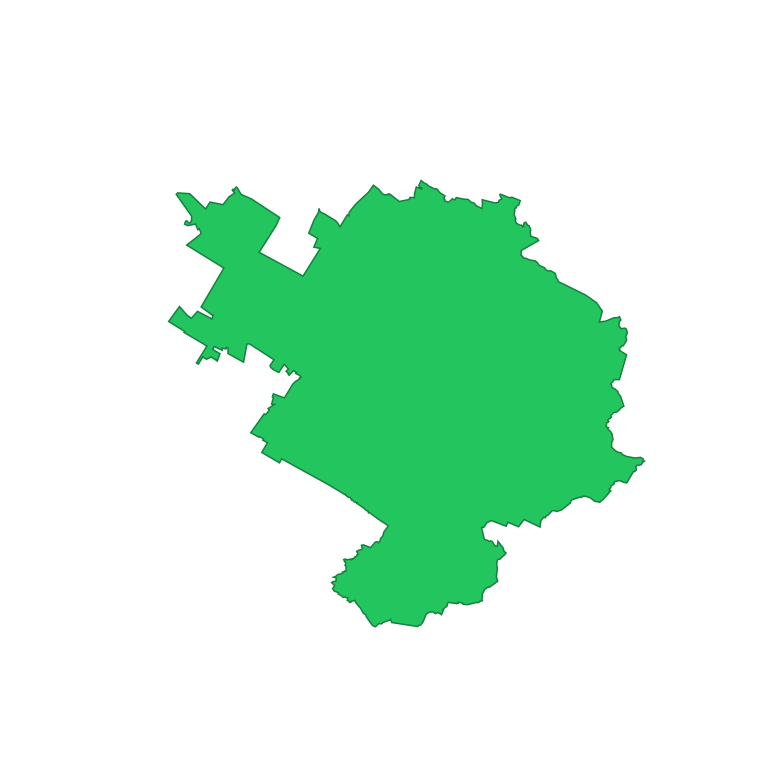 outline of León, Guanajuato, Mexico, rotated 115°
{"feature_id": "50627088B58691322085739", "entity_name": "León", "entity_type": "district", "adm_level": 2, "iso_a3": "MEX", "parent_name": "Mexico", "parent_adm1": "Guanajuato", "projection": "natural_earth1", "projection_center": [-101.574, 21.097], "detail": "fine", "context": "isolated", "style": "filled", "palette": "green", "viewbox_px": 768, "rotation_deg": 115, "n_neighbors": 0, "source": "geoboundaries", "source_scale": "gbopen_adm2", "svg_char_len": 6171}
<svg xmlns="http://www.w3.org/2000/svg" viewBox="0 0 768 768"><g transform="rotate(115 384 384)"><path d="M206.7,439.9L212.1,447.3L209.4,459.0L209.9,460.6L210.8,460.4L212.3,463.6L212.4,465.7L209.9,470.5L208.3,477.6L216.7,479.1L232.0,485.3L238.6,487.1L243.2,488.1L246.4,486.9L246.1,488.7L260.2,490.4L257.7,494.0L256.4,497.2L254.9,510.5L255.2,512.9L254.8,514.6L252.4,517.3L255.5,515.9L265.1,516.7L279.2,515.9L280.1,505.8L289.7,505.4L288.0,499.0L320.4,503.0L317.4,552.8L286.2,548.8L277.2,548.8L272.3,582.5L272.5,593.6L268.1,600.1L267.9,601.2L271.6,602.1L272.2,600.9L271.4,603.2L272.5,603.4L274.0,600.0L279.7,603.5L289.5,605.7L292.6,618.5L300.8,619.7L293.6,640.5L298.0,651.8L299.9,652.5L313.2,629.3L317.0,627.6L319.7,627.6L320.3,628.6L320.1,630.2L319.4,631.8L320.3,632.6L323.4,632.3L323.5,629.0L318.7,622.3L322.6,618.2L322.0,618.1L322.3,617.1L321.5,616.8L324.5,613.5L326.6,614.0L341.5,621.5L346.6,578.1L391.5,582.3L394.3,568.0L393.0,568.2L397.7,567.3L397.0,583.7L405.9,586.4L404.8,591.7L400.2,602.1L418.4,605.6L420.6,586.9L421.8,587.0L424.4,560.5L444.2,562.9L444.5,560.6L436.1,559.7L436.6,555.4L432.6,552.0L433.1,548.3L432.7,546.0L433.4,546.4L433.7,544.8L425.9,545.4L425.0,554.0L421.7,553.5L421.9,544.9L419.9,545.7L419.0,542.0L417.4,542.1L417.3,540.5L422.3,538.3L423.6,520.5L405.7,525.1L404.5,522.9L408.5,494.0L415.4,495.1L416.9,493.7L417.8,489.9L418.0,484.2L408.3,482.7L410.8,476.9L413.9,478.1L414.7,475.1L415.4,475.3L416.2,473.7L409.9,471.5L410.7,468.1L411.7,468.6L411.9,464.1L412.9,462.2L414.6,463.2L415.0,462.6L419.2,465.4L422.5,466.6L438.7,468.4L439.7,480.1L442.9,479.8L443.0,478.5L449.7,477.4L448.8,474.6L455.2,478.7L456.2,476.9L461.7,478.3L461.7,480.0L484.5,484.2L485.1,475.0L484.3,475.0L484.6,470.0L486.1,470.2L486.5,464.8L497.7,465.9L499.6,445.4L495.1,445.1L498.7,392.0L500.8,372.5L500.2,372.2L500.6,371.5L500.9,372.0L501.8,368.2L500.9,366.7L502.1,365.6L502.0,364.7L502.9,364.4L502.7,363.0L503.6,360.3L503.0,359.4L503.6,358.5L503.0,358.0L503.7,357.5L505.2,349.1L505.9,347.6L506.1,345.6L505.6,345.1L507.4,343.6L506.6,343.1L508.8,332.8L510.6,320.7L512.0,320.3L517.9,321.6L522.3,320.9L525.5,321.8L528.4,321.3L530.0,321.7L529.8,323.6L530.9,325.0L537.9,327.0L538.5,334.8L539.7,336.3L542.1,334.1L543.7,334.4L545.1,336.5L547.2,338.0L549.5,335.4L550.6,336.4L552.3,336.4L553.4,337.7L554.3,337.3L555.9,338.3L555.6,338.8L556.5,339.5L557.1,339.3L556.9,340.5L558.8,343.0L559.1,345.3L560.2,346.3L561.4,344.9L560.8,344.6L562.8,342.9L564.9,342.7L565.2,341.5L569.7,339.3L570.2,340.9L571.6,341.0L572.0,342.2L572.6,341.8L574.2,342.5L576.0,345.3L578.9,346.6L580.4,348.1L579.9,345.4L583.0,344.2L584.4,346.5L586.1,347.6L587.6,343.5L591.4,344.0L592.7,341.5L592.4,337.1L593.9,336.6L593.6,334.6L594.7,330.8L593.4,329.2L593.7,327.8L593.0,326.3L595.7,325.8L595.5,324.3L596.5,323.0L596.1,321.9L594.1,321.4L593.6,320.0L592.4,319.0L594.1,317.1L597.3,310.3L600.6,305.8L600.7,303.2L602.5,301.6L607.8,292.4L607.6,289.1L603.4,287.5L602.4,284.8L600.3,283.9L595.3,278.7L594.6,278.6L596.9,276.1L589.5,250.8L588.1,250.6L586.8,248.9L583.3,248.1L574.5,248.4L571.5,246.3L569.8,243.2L570.4,240.3L568.7,239.1L568.3,236.8L568.8,234.4L563.0,234.7L562.8,235.2L558.8,233.1L554.8,233.6L552.2,225.1L551.5,224.1L550.4,224.6L549.4,219.9L550.2,219.5L548.7,215.0L543.4,208.5L542.0,205.8L540.3,205.2L539.1,203.4L538.4,203.4L537.6,204.5L534.7,205.0L533.3,206.0L527.8,206.0L524.6,204.2L523.3,202.3L514.7,197.6L511.0,200.8L503.8,203.1L499.4,205.8L495.3,206.8L494.6,206.6L494.1,205.1L486.5,202.0L485.4,202.1L484.7,204.8L482.5,206.3L478.4,214.2L483.0,212.8L483.8,215.2L481.0,219.5L481.1,221.1L482.4,222.4L481.9,223.9L482.4,227.4L473.0,234.8L471.5,232.9L466.1,232.1L462.4,229.0L461.3,213.2L457.0,213.3L456.5,201.7L447.6,199.8L447.7,182.1L441.4,184.1L437.5,183.0L436.9,181.2L435.8,181.4L432.6,179.6L427.8,178.1L426.7,175.7L426.7,173.7L423.1,169.9L412.9,164.7L411.2,165.3L409.3,164.5L403.5,158.3L403.4,157.1L401.8,156.5L400.4,153.5L400.0,148.7L401.3,143.2L400.3,140.5L400.3,138.8L399.6,138.2L397.8,137.7L396.5,136.7L385.3,133.4L385.7,134.4L384.4,134.6L384.0,135.5L382.7,134.8L379.8,134.9L377.5,133.2L376.2,134.0L374.6,133.2L371.7,129.2L372.0,127.0L371.1,122.2L357.7,120.9L357.5,119.9L355.5,119.0L354.2,119.4L353.3,120.6L351.1,120.6L348.5,116.8L345.8,116.5L344.0,115.5L344.2,116.5L343.6,116.4L342.3,117.6L342.1,120.6L344.9,124.9L347.1,133.3L347.2,138.2L346.1,140.1L346.8,142.1L346.8,145.6L345.6,149.3L344.9,151.1L340.4,153.1L337.8,152.8L332.7,156.4L330.9,159.4L330.6,161.4L330.0,162.3L328.8,162.1L329.1,163.9L327.7,165.1L325.3,165.7L323.1,164.3L322.5,165.7L321.6,165.7L320.5,165.5L319.5,164.3L317.8,163.9L317.1,165.2L312.8,163.7L311.0,161.2L307.8,159.6L306.0,159.4L302.7,157.2L295.1,164.5L293.7,167.5L292.0,168.9L290.9,172.5L290.8,176.0L289.0,177.0L287.8,178.6L285.5,177.6L282.8,177.4L280.6,172.5L255.0,176.5L254.0,184.9L253.2,184.8L252.3,185.9L250.8,184.9L248.7,184.7L248.3,183.3L241.6,182.6L239.1,184.8L234.7,185.1L231.8,187.7L231.6,189.5L233.6,192.2L232.1,195.7L227.9,197.0L225.9,196.3L223.5,199.1L224.8,200.0L227.1,203.9L233.4,209.7L236.8,215.0L225.7,216.9L220.6,225.6L218.2,238.6L217.5,269.6L216.3,270.3L214.9,272.7L211.4,275.5L210.9,280.2L212.3,283.8L212.0,285.8L210.8,287.5L210.9,293.3L209.1,296.6L208.5,298.9L210.1,305.0L210.0,308.1L211.0,311.2L210.1,311.7L209.1,314.3L205.0,316.0L188.7,304.5L187.3,306.5L188.0,313.5L184.2,315.8L182.4,316.1L180.8,317.6L179.2,319.5L179.3,321.0L177.4,323.9L178.8,325.2L182.3,324.0L182.8,325.0L181.8,326.2L182.6,327.8L182.4,331.9L181.1,333.4L179.5,334.5L178.7,334.2L175.2,337.9L171.6,338.6L170.9,339.6L169.3,339.4L168.5,338.6L168.0,339.0L166.0,338.5L164.7,337.5L160.2,338.0L160.7,346.8L161.5,348.3L162.2,348.6L162.7,358.6L163.6,359.0L166.6,355.5L168.9,357.3L170.8,357.1L172.9,359.5L175.5,372.9L179.5,370.7L183.6,369.5L183.5,375.5L182.1,378.3L182.0,380.3L182.6,381.3L181.2,385.7L182.8,390.1L184.5,397.3L187.2,397.6L187.3,400.4L191.5,402.0L192.1,403.1L192.5,405.9L191.3,406.6L191.4,407.4L189.8,408.2L187.8,408.1L186.9,414.6L185.1,417.6L184.9,418.8L185.8,420.8L185.7,427.5L184.8,429.4L184.9,432.1L183.9,436.4L189.5,436.3L190.6,434.4L190.1,432.7L191.3,432.2L191.8,438.0L198.9,436.7L202.2,435.2L204.0,439.4L205.2,438.8L206.7,439.9Z" fill="#22c55e" stroke="#15803d" stroke-width="1.5"/></g></svg>